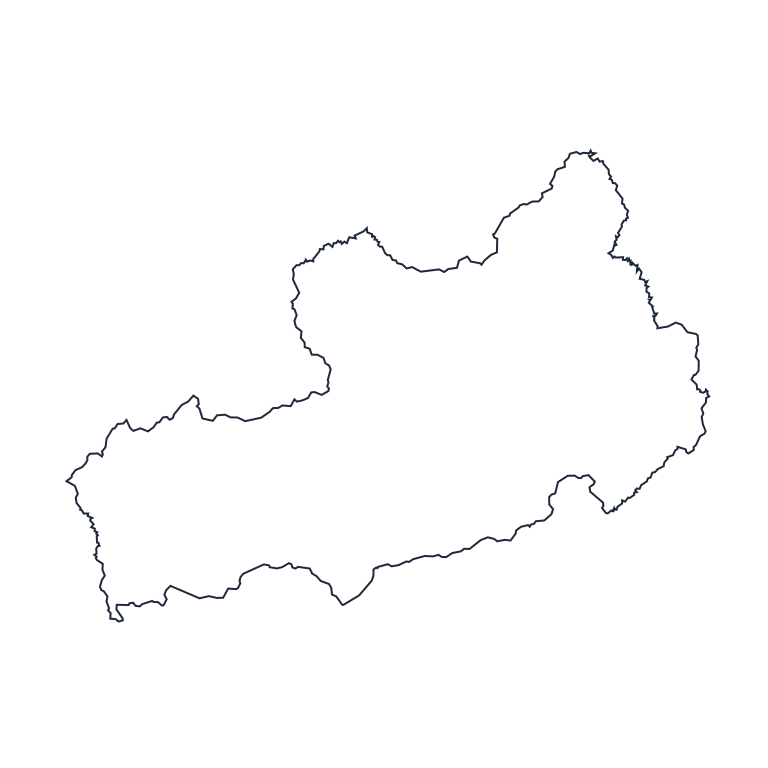 Omkoi, Chiang Mai, Thailand, rotated 86°
{"feature_id": "78962969B68352553726787", "entity_name": "Omkoi", "entity_type": "district", "adm_level": 2, "iso_a3": "THA", "parent_name": "Thailand", "parent_adm1": "Chiang Mai", "projection": "albers", "projection_center": [98.302, 17.645], "detail": "fine", "context": "isolated", "style": "outline", "palette": "slate", "viewbox_px": 768, "rotation_deg": 86, "n_neighbors": 0, "source": "geoboundaries", "source_scale": "gbopen_adm2", "svg_char_len": 6121}
<svg xmlns="http://www.w3.org/2000/svg" viewBox="0 0 768 768"><g transform="rotate(86 384 384)"><path d="M528.2,171.6L528.7,169.8L526.1,166.3L526.9,164.8L524.1,163.3L526.0,163.1L524.7,161.8L525.5,160.7L522.7,159.6L519.8,154.8L516.7,154.5L518.2,151.8L514.3,148.4L514.9,147.0L512.1,142.2L509.9,142.1L509.4,139.3L507.5,140.8L505.9,139.1L506.4,136.3L502.8,134.5L499.6,128.7L496.5,127.3L495.9,124.6L491.1,122.5L490.8,119.7L488.0,116.9L485.5,110.8L481.7,109.8L478.4,106.2L476.8,106.7L475.1,100.7L470.7,98.2L469.2,95.7L467.1,95.6L470.3,87.5L472.9,87.2L474.5,85.3L471.5,79.6L468.5,79.5L466.6,77.0L458.1,72.3L455.8,67.7L453.6,66.4L446.5,68.7L439.0,69.4L435.8,67.5L430.4,69.0L425.0,64.2L420.4,63.6L419.1,60.5L416.6,62.2L413.9,61.7L412.1,63.3L413.9,63.8L415.0,66.1L413.8,69.3L412.4,68.9L411.0,70.7L411.1,72.0L406.5,72.1L401.0,77.0L396.6,74.2L396.6,72.7L392.8,69.3L382.7,68.4L378.3,71.3L371.8,69.3L369.7,69.9L366.3,67.7L357.4,67.7L355.8,69.4L353.5,77.7L345.6,82.9L343.1,88.6L346.5,96.8L347.5,107.4L345.4,107.0L339.2,110.3L337.5,109.6L335.1,110.7L335.1,108.5L332.7,106.8L332.6,110.4L332.2,109.5L326.0,111.2L325.4,110.4L321.4,114.2L319.2,112.8L318.4,113.5L318.5,112.1L316.4,110.7L315.7,113.6L312.2,113.0L310.2,115.8L306.6,115.4L305.3,113.5L303.9,116.6L299.8,114.2L300.5,116.3L298.3,117.1L296.9,121.6L290.5,119.2L286.7,121.5L289.4,123.9L282.9,122.8L283.6,124.9L280.3,127.8L282.5,128.6L282.0,129.9L278.1,129.5L278.5,130.7L276.2,130.9L278.0,132.4L275.6,132.9L277.2,134.7L276.8,137.1L274.2,136.7L274.0,144.1L272.9,145.1L274.2,146.9L271.1,148.3L269.2,150.9L266.9,146.5L260.9,144.4L261.9,143.7L261.4,142.4L258.1,144.0L256.3,141.9L252.8,142.3L254.0,140.7L251.9,138.7L249.7,140.1L243.7,135.7L241.4,135.9L237.8,133.4L237.6,131.1L235.8,130.9L235.3,129.1L231.8,129.9L228.2,128.4L225.1,131.3L221.6,132.1L220.6,134.0L215.7,133.1L206.9,139.2L202.3,137.5L199.8,139.5L199.5,141.8L196.1,142.5L195.2,144.7L192.9,143.0L190.4,145.0L185.9,145.0L179.7,149.7L176.8,150.2L177.3,153.3L173.9,155.1L176.1,159.4L172.2,163.0L170.6,163.6L171.0,161.8L168.6,157.2L167.8,160.9L165.6,161.6L168.1,163.1L167.3,169.2L168.3,172.2L166.0,175.8L167.3,182.5L171.4,184.2L174.7,188.4L180.0,188.4L181.9,196.0L184.1,198.4L188.9,199.7L195.9,204.4L198.1,202.2L200.7,203.0L204.8,213.2L208.4,212.7L212.6,216.8L212.4,223.6L214.9,229.0L214.2,232.2L215.3,236.1L217.3,237.4L222.7,246.3L224.9,247.0L226.5,252.8L241.6,262.9L242.4,264.8L245.7,263.6L247.0,260.9L260.6,262.2L262.6,268.2L267.6,275.0L271.8,278.4L270.2,279.8L268.0,288.7L262.7,292.0L266.1,300.6L273.2,303.1L273.8,311.9L276.5,316.1L273.5,321.1L274.5,339.5L269.3,347.8L270.3,353.4L265.9,357.5L264.4,362.3L261.6,363.5L260.9,366.8L256.0,368.9L255.7,371.8L253.5,373.8L247.0,376.2L246.7,378.4L244.8,380.3L242.1,378.8L241.6,380.5L239.6,381.0L239.2,383.4L236.8,382.6L235.4,384.6L237.2,385.8L233.7,385.4L231.6,390.1L227.3,390.3L230.3,393.6L233.9,403.0L236.8,402.0L235.2,408.5L241.0,411.2L239.2,413.6L241.3,416.4L238.7,417.3L239.4,418.7L237.9,419.9L240.1,421.9L240.0,424.3L243.6,425.9L240.2,429.5L242.1,434.4L245.5,435.0L244.9,438.5L247.3,439.3L254.5,445.9L256.7,446.0L255.6,449.1L256.5,451.6L254.8,453.2L256.3,453.2L256.0,454.4L258.0,455.6L257.6,458.2L259.6,460.3L259.4,463.0L263.2,467.0L268.0,466.3L273.4,467.5L287.1,462.2L292.5,465.9L295.6,470.6L297.4,469.3L302.1,470.1L303.4,468.0L309.3,466.3L314.7,468.9L318.9,468.3L321.4,467.4L325.7,462.6L332.1,463.8L337.3,460.3L341.7,460.5L343.7,455.6L349.7,454.1L350.2,448.2L353.7,442.6L359.3,441.0L361.7,437.5L365.8,436.2L376.2,439.8L378.3,439.2L382.3,440.8L384.9,439.2L387.2,440.1L390.5,446.9L387.2,453.8L387.3,457.1L392.7,460.9L394.6,466.4L395.5,472.1L393.1,474.4L399.6,478.6L398.3,487.0L400.5,491.1L400.3,496.5L403.8,500.0L409.0,508.8L411.4,525.0L407.2,532.5L406.6,539.4L403.5,544.7L403.6,552.7L408.8,557.4L405.7,567.5L395.5,569.9L393.2,572.3L391.3,570.2L385.9,570.5L382.3,574.9L388.0,580.8L390.8,587.3L399.7,595.6L403.3,597.0L404.7,600.3L401.7,602.9L402.0,607.0L406.5,610.7L406.7,613.4L410.9,616.7L414.8,622.7L411.2,630.1L413.3,637.3L410.2,640.3L401.9,643.4L405.2,646.6L405.3,652.5L409.5,655.7L409.7,657.8L419.1,664.5L427.7,666.3L431.8,670.1L434.6,669.4L436.6,670.4L433.3,674.3L433.1,682.3L435.9,685.1L439.1,685.2L442.4,687.2L446.0,691.1L448.3,697.6L452.8,701.6L455.2,702.1L458.8,707.5L464.0,699.5L472.1,697.1L476.0,699.4L481.2,699.0L486.8,695.2L488.2,695.9L489.1,694.0L492.3,692.6L492.6,688.1L495.0,688.8L497.3,684.4L498.1,686.2L499.8,686.6L503.6,683.5L506.5,686.0L508.1,682.6L510.6,682.9L511.8,680.4L513.2,681.5L515.1,680.0L515.8,681.2L522.2,681.3L522.3,680.1L525.6,679.1L525.7,680.7L528.1,682.6L533.2,682.6L534.2,684.9L536.3,682.7L537.6,683.7L539.8,682.4L543.7,677.1L549.7,677.8L555.7,675.9L560.0,679.2L566.5,681.5L569.8,680.4L571.3,677.9L576.5,674.7L581.7,676.0L588.5,673.9L590.6,675.1L593.3,672.7L599.0,673.4L599.9,668.0L602.4,665.5L601.6,661.1L599.5,661.1L590.1,666.7L585.6,666.0L586.7,654.2L585.0,653.2L584.7,649.5L587.9,647.4L588.8,643.2L586.7,640.4L584.2,630.3L585.5,629.0L585.8,624.6L589.4,621.2L589.4,619.4L583.6,615.8L578.8,617.8L574.4,615.6L570.5,611.1L584.9,583.0L583.4,573.6L585.7,565.8L586.0,559.4L577.2,553.7L578.3,545.9L577.5,544.0L572.8,541.2L570.5,541.9L566.8,540.7L563.5,537.7L555.6,516.5L556.9,511.4L558.8,510.7L560.5,503.7L559.6,498.4L556.1,491.3L557.4,488.9L560.6,488.2L561.9,485.2L560.4,482.5L562.9,470.9L568.1,468.9L571.0,464.7L576.1,460.8L579.7,452.8L583.5,450.9L590.4,450.5L592.5,446.5L601.4,441.0L601.5,439.9L593.1,423.5L579.5,410.1L574.6,407.9L568.3,407.4L566.7,404.9L567.2,403.4L566.1,403.0L564.0,392.8L566.4,389.1L565.7,382.1L562.6,374.0L563.3,371.5L560.8,367.2L558.4,355.3L559.4,347.0L558.2,341.6L560.5,338.6L561.0,334.0L557.4,327.7L556.3,319.0L553.9,315.5L554.6,310.3L546.4,298.3L544.2,291.2L546.2,284.9L548.8,282.0L547.9,274.3L549.0,268.7L542.4,263.1L539.3,262.4L536.0,257.3L534.8,250.2L536.5,248.6L534.7,247.6L533.8,244.0L531.5,242.1L531.3,233.6L525.5,226.0L520.6,224.1L515.8,227.5L508.5,227.2L506.1,224.8L505.0,220.8L494.0,217.3L488.4,207.2L488.7,200.2L491.3,196.6L491.6,194.0L489.7,192.0L489.2,186.3L496.1,180.5L498.6,181.8L501.3,186.2L505.8,185.8L517.6,173.8L521.1,173.7L522.8,175.2L528.2,171.6Z" fill="none" stroke="#1e293b" stroke-width="2"/></g></svg>